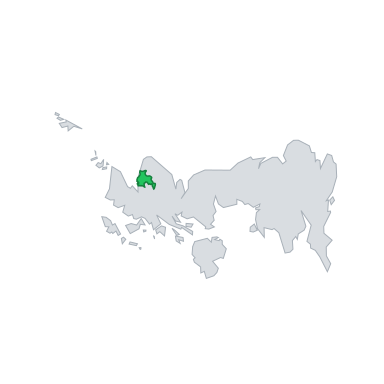 Moray on a map of United Kingdom (Mercator projection), rotated 286°
{"feature_id": "GBR-2014", "entity_name": "Moray", "entity_type": "Unitary District", "adm_level": 1, "iso_a3": "GBR", "parent_name": "United Kingdom", "parent_adm1": "", "projection": "mercator", "projection_center": [-3.358, 57.403], "detail": "fine", "context": "in_parent", "style": "filled", "palette": "green", "viewbox_px": 384, "rotation_deg": 286, "n_neighbors": 0, "source": "natural_earth", "source_scale": "10m", "svg_char_len": 5330}
<svg xmlns="http://www.w3.org/2000/svg" viewBox="0 0 384 384"><g transform="rotate(286 192 192)"><path d="M204.3,301.9L190.5,310.9L186.2,310.3L181.0,305.7L175.5,306.3L177.8,304.0L173.0,301.9L164.8,304.8L161.2,302.8L159.0,298.3L176.8,286.7L179.5,281.0L177.9,279.3L177.6,271.1L168.3,274.0L174.9,265.0L183.0,260.7L190.0,259.6L193.7,261.9L192.6,258.3L194.2,257.5L196.5,260.7L199.2,260.6L194.2,255.2L196.4,249.2L194.5,246.2L196.8,243.0L197.3,237.1L192.6,238.5L185.7,226.5L187.8,220.7L194.6,215.7L186.4,215.9L179.9,220.5L175.2,218.7L170.9,221.1L166.1,218.7L164.6,223.1L161.0,218.4L160.4,214.8L162.3,214.8L168.4,200.3L164.9,194.7L166.0,188.2L169.9,187.9L165.7,184.7L166.4,181.6L159.8,189.3L159.6,184.3L163.3,179.5L157.1,185.6L157.0,192.7L154.3,203.5L150.9,204.3L155.1,191.8L153.2,191.5L154.6,179.0L160.2,164.3L152.8,170.8L145.1,165.4L151.5,161.5L149.4,160.0L153.7,154.2L154.2,150.3L150.5,146.0L150.4,143.3L153.9,141.0L151.3,137.4L153.5,131.0L160.7,131.0L156.6,125.3L157.8,120.2L163.1,119.4L161.8,115.7L162.9,110.1L172.3,111.8L194.4,108.0L191.8,117.6L179.4,128.6L178.6,131.8L181.5,132.9L177.1,140.1L190.5,136.1L210.0,136.3L213.3,139.0L214.7,143.2L203.2,167.8L190.3,175.7L197.0,174.7L200.8,177.0L200.4,178.9L189.4,185.4L182.6,183.4L194.4,187.5L201.6,185.4L208.9,188.9L216.7,198.4L223.5,222.7L232.5,228.2L241.9,238.8L239.9,241.4L245.1,252.6L238.9,249.1L232.7,249.5L238.5,250.3L247.6,259.9L248.9,264.6L244.0,271.4L247.7,274.0L252.2,269.8L263.6,270.9L269.7,275.4L271.1,280.0L268.7,292.1L262.9,295.9L263.6,299.2L255.3,302.2L257.6,303.2L257.5,306.3L250.0,309.0L265.9,311.6L265.6,316.2L259.9,319.7L258.6,322.8L246.5,326.9L230.7,326.8L220.6,323.5L221.9,325.4L210.7,327.8L211.8,330.3L210.6,330.9L195.2,328.1L188.7,330.2L184.3,340.0L176.1,336.2L167.6,338.8L161.3,345.1L152.7,344.1L164.9,332.7L169.9,326.6L170.8,321.5L174.5,320.2L176.2,316.1L193.0,315.7L204.3,301.9ZM146.9,240.6L136.8,240.4L136.9,237.5L131.1,230.9L126.0,238.3L121.5,238.1L117.5,236.1L112.9,229.6L119.1,225.7L116.6,222.8L122.4,220.9L125.2,213.6L127.7,211.9L129.6,213.1L132.0,209.3L139.6,207.7L145.1,208.3L151.7,219.5L149.1,224.4L153.9,223.8L155.7,228.3L155.5,229.9L152.5,226.9L152.7,231.5L154.3,231.8L153.5,234.5L150.0,235.5L146.9,240.6ZM144.0,116.4L142.0,121.7L138.3,124.6L140.4,126.7L131.9,134.9L129.9,133.0L133.5,129.7L130.3,127.3L131.4,125.9L129.8,124.5L130.7,120.7L135.6,121.7L134.8,118.2L143.4,112.1L144.0,116.4ZM144.9,142.2L145.0,147.9L152.5,150.5L147.4,155.9L146.7,151.2L142.0,151.2L135.0,144.1L141.5,137.4L144.9,142.2ZM221.4,45.5L224.7,51.8L226.4,50.9L222.4,69.1L222.6,60.3L216.6,56.1L221.2,54.5L218.1,49.3L221.4,45.5ZM150.8,176.3L142.2,177.7L145.0,172.0L142.1,169.8L145.6,167.5L151.0,172.0L150.8,176.3ZM174.2,257.7L178.4,260.7L173.2,265.3L170.4,261.9L170.1,258.6L174.2,257.7ZM145.1,188.2L145.8,195.9L142.3,197.4L142.4,192.4L139.3,194.8L140.6,190.3L145.1,188.2ZM194.4,93.7L194.1,96.6L199.0,98.1L192.5,99.3L189.6,96.2L191.2,92.3L194.4,93.7ZM161.5,201.8L157.9,200.9L157.3,195.7L160.2,195.0L161.5,201.8ZM226.2,328.7L223.2,331.3L218.2,329.3L222.2,326.6L226.2,328.7ZM147.7,191.5L146.1,189.2L151.6,182.8L150.5,186.0L147.7,191.5ZM127.9,136.9L129.7,138.6L128.3,141.4L123.0,139.3L127.9,136.9ZM127.2,153.8L125.1,153.3L124.6,145.9L126.9,146.2L127.2,153.8ZM226.5,48.7L224.6,45.7L225.7,41.9L227.3,43.0L226.5,48.7ZM199.5,90.9L198.2,91.7L194.4,86.6L195.6,85.9L199.5,90.9ZM192.6,103.1L190.8,103.5L188.9,99.6L190.9,99.7L192.6,103.1ZM230.8,38.9L230.0,43.1L228.5,42.7L228.6,39.0L230.8,38.9ZM204.3,88.3L200.6,89.6L204.7,87.5L204.3,88.3ZM142.7,158.2L141.7,158.5L140.3,156.6L142.0,155.7L142.7,158.2ZM196.9,102.1L195.6,104.3L194.6,102.3L196.9,102.1ZM138.7,168.1L136.5,169.0L139.5,166.9L138.7,168.1ZM124.5,158.2L123.1,158.6L122.5,158.0L123.9,156.6L124.5,158.2Z" fill="#d9dde1" stroke="#a8b0b8" stroke-width="1"/><path d="M183.1,138.6L184.3,137.8L185.2,137.5L185.1,137.9L185.0,138.0L184.9,138.2L185.1,138.3L185.3,138.3L185.5,138.2L185.8,138.2L185.4,137.4L186.0,137.6L186.3,137.6L186.6,137.5L186.9,137.4L187.1,137.0L187.3,136.7L187.2,136.3L187.3,136.0L187.5,136.0L187.8,136.1L188.0,136.0L188.5,135.8L188.7,135.7L190.7,135.8L191.9,136.6L194.0,137.3L194.7,137.3L195.3,137.1L196.3,136.4L196.6,136.3L198.1,136.3L198.1,136.6L198.0,137.3L198.0,138.4L198.7,139.8L199.2,140.3L199.7,141.0L199.9,141.5L199.9,142.0L199.5,142.2L198.8,142.0L198.3,141.8L197.6,141.7L196.9,141.8L196.2,142.2L195.3,143.1L195.0,143.9L195.0,144.8L195.1,145.3L195.4,145.9L195.7,146.4L195.7,147.0L195.7,147.5L195.4,148.4L195.1,149.0L194.7,149.3L194.1,149.3L193.7,149.1L193.3,149.0L192.9,149.2L192.2,149.6L191.8,150.1L191.5,150.6L191.1,151.1L190.7,151.6L190.3,151.8L189.9,152.0L189.7,152.4L189.7,152.8L189.8,153.1L189.9,153.4L190.0,153.9L190.0,154.2L189.7,154.5L189.1,154.7L188.4,154.8L187.5,154.8L186.4,154.8L185.3,154.8L184.7,154.7L184.3,154.4L184.9,153.8L185.4,153.7L185.8,153.2L186.3,152.9L186.7,152.3L187.6,151.9L188.0,151.9L188.2,151.6L188.4,151.2L188.3,150.9L188.5,150.6L187.9,150.2L188.1,148.7L187.5,148.4L187.4,148.2L187.6,147.8L188.1,147.5L188.5,146.6L189.0,146.2L189.1,145.9L188.8,144.7L188.2,144.6L187.2,143.6L186.0,143.9L185.7,144.0L185.4,144.3L184.5,144.4L184.0,145.1L183.7,145.2L183.7,144.7L184.3,144.0L184.2,143.5L184.3,142.6L184.3,142.1L184.2,141.7L183.8,141.4L183.8,140.9L183.8,140.6L183.9,140.4L183.9,140.1L183.5,139.8L183.4,139.2L183.1,138.7L183.1,138.6Z" fill="#22c55e" stroke="#15803d" stroke-width="1.5"/></g></svg>